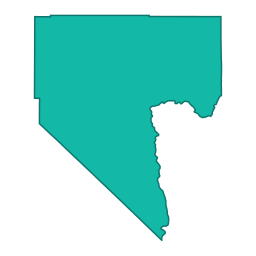 Clark, Nevada, United States of America
{"feature_id": "52423323B18852235556590", "entity_name": "Clark", "entity_type": "district", "adm_level": 2, "iso_a3": "USA", "parent_name": "United States of America", "parent_adm1": "Nevada", "projection": "robinson", "projection_center": [-114.639, 35.928], "detail": "fine", "context": "isolated", "style": "filled", "palette": "teal", "viewbox_px": 256, "rotation_deg": 0, "n_neighbors": 0, "source": "geoboundaries", "source_scale": "gbopen_adm2", "svg_char_len": 2998}
<svg xmlns="http://www.w3.org/2000/svg" viewBox="0 0 256 256"><path d="M220.9,16.6L209.3,16.6L149.1,16.5L149.1,15.4L50.5,15.4L50.5,16.8L34.8,16.7L34.5,98.2L39.6,98.4L39.5,104.4L39.4,123.6L49.0,132.7L55.2,138.4L57.3,140.3L59.4,142.4L59.5,142.4L61.5,144.3L61.6,144.5L74.2,156.5L83.1,164.8L83.8,165.6L84.0,165.7L85.0,166.7L85.3,167.0L87.8,169.3L94.2,175.4L97.4,178.5L108.7,189.2L108.7,189.3L110.1,190.5L112.2,192.6L114.5,194.7L115.0,195.2L120.5,200.5L130.8,210.4L132.5,212.0L144.7,223.8L144.8,223.9L162.1,240.6L161.8,239.8L161.7,238.4L161.8,237.4L162.2,236.3L162.8,235.4L164.9,233.7L165.2,233.1L165.2,232.5L165.1,231.8L164.2,230.8L163.3,230.1L161.2,229.1L160.8,228.5L161.0,228.0L162.5,226.5L163.5,226.1L165.6,226.1L166.8,225.8L167.7,225.2L168.3,224.0L168.6,221.0L168.7,218.5L168.4,216.5L168.1,215.8L167.6,215.4L167.2,212.9L167.3,211.9L166.8,208.9L165.8,204.7L165.9,201.3L165.1,197.8L164.4,196.0L162.8,191.0L160.3,188.7L159.2,186.8L159.0,186.2L158.8,184.1L158.1,182.3L157.7,181.3L157.5,180.0L157.7,178.4L158.0,177.9L159.1,177.1L159.6,176.3L159.8,175.8L159.7,175.6L159.4,175.3L159.2,174.5L159.1,172.3L158.8,170.6L158.9,170.2L159.5,169.4L160.0,168.2L160.1,166.6L159.6,165.5L157.7,162.8L156.5,161.6L156.4,160.0L157.2,158.4L157.4,157.5L157.1,157.0L156.0,156.3L155.3,155.6L154.8,154.7L154.9,154.3L155.7,151.6L155.8,148.9L155.3,147.3L155.5,144.7L154.2,142.8L154.4,142.3L155.0,141.8L155.8,139.8L155.8,139.4L155.4,138.3L155.4,137.6L155.6,136.9L157.2,135.8L158.5,135.6L158.7,134.4L155.4,131.2L154.5,129.9L154.6,128.0L153.8,127.1L152.4,126.3L152.2,126.0L152.5,124.5L152.4,123.8L151.3,122.2L151.0,121.0L151.0,118.4L151.1,118.0L151.3,117.6L151.6,117.2L152.3,116.5L152.4,115.8L152.3,115.4L151.9,114.9L151.4,114.6L151.3,114.2L151.3,113.9L151.3,113.2L151.7,112.6L151.7,112.1L151.3,111.2L151.0,110.6L149.9,109.5L149.8,109.3L149.8,108.6L150.0,108.2L150.6,107.4L151.7,106.5L153.7,106.1L154.4,106.1L158.8,104.9L159.2,104.6L159.5,104.1L162.3,101.9L162.7,102.0L163.3,103.1L163.8,103.4L164.7,102.9L165.8,101.9L168.3,100.8L171.0,100.7L174.4,100.8L175.0,101.2L175.2,101.5L175.1,101.9L175.1,102.5L175.0,102.8L175.1,103.2L175.2,103.4L175.4,103.5L176.0,103.6L176.9,103.5L178.7,102.3L179.3,102.2L179.8,102.3L180.4,103.3L180.8,103.8L181.0,103.9L183.0,102.6L184.0,101.5L184.5,101.3L185.2,101.3L188.6,101.8L189.5,103.4L192.1,106.1L193.0,106.4L195.0,109.2L195.3,110.1L195.1,110.5L194.4,111.1L194.2,111.5L194.3,112.0L194.5,112.1L197.9,113.6L198.8,114.9L199.2,115.6L199.6,116.0L200.7,116.7L202.1,117.4L202.6,117.5L204.6,117.3L206.8,116.6L208.3,115.8L209.4,115.8L210.6,116.3L210.9,116.2L211.2,115.8L212.2,114.2L212.3,113.5L212.2,112.7L212.4,112.0L214.6,107.6L214.7,107.4L214.3,106.9L213.7,106.5L213.7,106.2L213.7,105.6L214.0,105.3L215.0,104.6L215.8,104.6L216.1,104.4L217.2,101.6L219.3,97.2L220.1,96.2L221.4,95.6L221.4,89.4L221.4,88.7L221.3,86.5L221.2,84.0L221.4,80.8L221.3,79.6L221.5,71.6L221.5,65.3L221.4,61.6L221.2,58.4L221.0,43.6L221.0,43.2L220.9,39.4L220.9,16.6L220.9,16.6Z" fill="#14b8a6" stroke="#0f766e" stroke-width="1.5"/></svg>